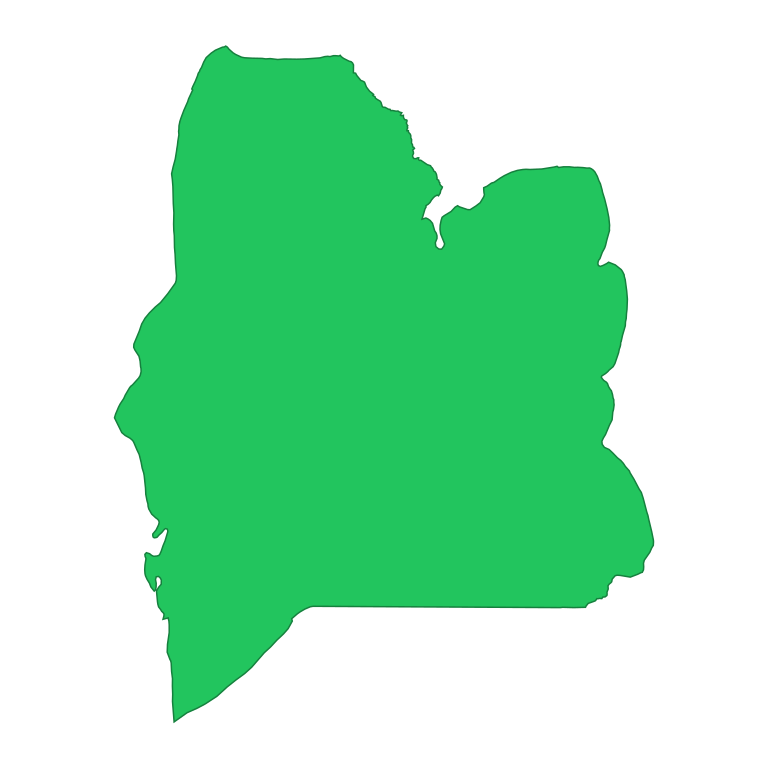 the district of Prasat Sambour, Kâmpóng Thum, Cambodia
{"feature_id": "14789045B86193170261556", "entity_name": "Prasat Sambour", "entity_type": "district", "adm_level": 2, "iso_a3": "KHM", "parent_name": "Cambodia", "parent_adm1": "Kâmpóng Thum", "projection": "natural_earth1", "projection_center": [105.145, 12.863], "detail": "fine", "context": "isolated", "style": "filled", "palette": "green", "viewbox_px": 768, "rotation_deg": 0, "n_neighbors": 0, "source": "geoboundaries", "source_scale": "gbopen_adm2", "svg_char_len": 6072}
<svg xmlns="http://www.w3.org/2000/svg" viewBox="0 0 768 768"><path d="M171.6,671.5L172.5,678.6L172.4,686.1L172.7,694.3L172.5,701.4L174.1,721.9L187.1,712.7L197.6,708.0L205.4,703.8L217.0,696.2L227.2,686.9L235.6,680.2L244.6,673.6L251.7,667.2L264.2,652.8L270.7,646.8L277.0,640.0L283.5,633.9L288.1,628.7L292.3,621.1L291.7,618.7L297.5,613.7L300.2,611.8L304.8,609.1L310.2,606.8L313.0,606.3L560.2,607.6L562.7,607.3L573.8,607.6L585.5,607.3L586.1,606.0L588.2,603.4L593.6,601.5L595.5,600.7L596.9,598.6L597.9,598.8L599.3,598.4L601.8,598.6L602.8,597.1L605.1,596.9L606.9,595.5L607.1,594.3L607.0,592.2L608.2,589.0L608.0,585.7L609.3,584.0L610.8,582.8L611.7,581.8L612.2,579.1L615.2,575.7L617.2,575.2L620.1,575.4L630.3,577.1L637.9,574.2L640.9,572.7L642.3,572.3L643.5,569.8L643.7,566.9L643.5,563.2L644.3,560.2L649.8,552.3L651.8,547.8L653.3,545.4L653.5,542.0L653.4,540.1L651.7,531.7L648.8,519.7L647.9,515.4L646.8,512.1L643.2,498.3L641.3,492.4L639.1,489.0L634.0,479.3L630.0,472.7L629.4,471.0L625.4,466.5L623.3,463.3L620.9,460.6L617.3,457.7L613.0,453.2L609.1,449.5L604.4,447.4L602.2,444.3L601.9,441.2L603.3,438.1L605.5,434.5L609.4,425.2L612.1,419.8L612.8,412.0L613.5,409.5L614.1,404.9L613.8,402.2L613.8,399.8L613.1,398.0L612.5,394.5L611.4,390.8L609.8,388.7L608.5,386.5L607.5,383.6L606.4,382.2L603.8,380.5L602.4,378.9L601.3,377.2L601.7,376.0L605.6,373.5L607.8,371.6L609.1,370.1L613.1,366.7L614.9,363.6L617.7,355.4L618.6,352.7L619.3,349.1L620.1,346.9L620.6,344.8L620.7,342.6L621.2,341.4L622.5,335.4L625.3,325.8L625.5,321.8L626.2,318.6L626.5,313.4L627.0,309.2L627.4,299.1L626.7,290.9L625.2,279.6L624.3,276.5L624.1,274.7L622.4,271.3L621.2,269.6L615.3,264.9L608.6,262.2L606.8,263.5L603.1,265.4L600.4,266.4L598.5,265.6L598.0,264.4L597.9,263.1L598.2,261.5L598.8,260.0L599.9,258.7L602.3,252.3L604.7,247.9L605.6,245.2L606.8,240.1L609.5,230.5L609.4,228.4L609.6,225.2L608.8,217.5L607.1,208.9L604.7,199.2L602.5,192.1L602.1,190.0L600.4,183.8L598.8,180.5L597.3,176.3L594.8,171.8L593.1,170.0L591.4,168.8L589.7,168.0L587.0,168.1L583.0,167.6L577.8,167.3L574.6,167.4L569.2,166.8L563.6,166.8L558.6,167.5L557.1,166.3L554.4,167.0L541.9,169.0L530.1,169.5L526.0,169.3L522.9,169.5L517.4,170.4L511.3,172.3L504.4,175.6L499.9,178.3L494.1,182.3L491.4,183.1L487.1,186.2L483.7,187.7L483.7,189.3L484.0,193.0L484.4,194.4L483.9,196.5L480.2,202.7L475.9,206.0L470.1,209.7L467.6,209.6L459.3,206.8L457.6,205.7L455.1,207.2L451.1,211.5L444.3,215.6L442.1,217.3L441.1,220.5L440.2,225.1L440.0,229.4L440.6,233.8L444.6,243.8L443.9,246.1L441.6,249.2L438.7,249.0L435.9,246.6L435.3,242.7L437.0,238.4L437.0,235.8L436.2,233.1L434.7,230.9L432.5,223.3L430.2,220.5L427.9,218.9L425.9,218.0L422.0,219.2L425.0,208.9L426.0,207.2L426.0,205.6L428.1,204.3L430.0,202.5L431.5,200.0L433.4,197.7L434.9,196.3L437.2,195.1L438.5,195.8L440.2,193.1L440.8,190.2L441.8,188.7L442.4,187.0L440.8,185.6L439.7,184.0L439.8,182.7L439.0,181.9L438.7,180.3L436.9,179.1L437.1,178.0L436.5,174.5L435.9,173.1L435.0,171.7L433.7,171.0L433.4,169.9L432.3,168.0L431.3,167.1L430.5,165.7L427.2,164.6L420.7,160.2L419.5,160.4L418.5,159.5L418.7,157.8L417.3,157.9L416.2,158.7L413.8,158.5L413.1,157.5L412.6,156.3L412.7,155.1L413.5,153.5L413.4,152.0L412.7,150.0L414.5,148.5L413.8,147.3L412.8,147.0L412.4,144.4L411.5,143.2L411.6,139.5L410.8,137.9L410.8,135.7L410.3,134.2L408.5,132.2L408.4,130.7L406.9,130.7L406.9,129.6L407.7,127.9L407.2,126.8L407.8,125.8L407.1,124.9L406.3,122.9L406.9,121.8L407.0,120.3L406.1,119.8L405.1,119.8L403.9,118.5L403.4,116.8L403.4,115.3L401.3,115.7L400.4,115.1L401.8,112.7L399.4,112.0L398.0,111.0L396.2,111.2L392.5,110.5L390.8,110.6L390.0,109.3L388.7,109.3L385.0,107.3L383.4,107.3L382.3,106.6L381.0,102.4L380.1,101.1L376.8,99.2L375.4,98.1L375.0,96.7L372.8,95.5L373.6,94.4L369.6,91.2L368.2,89.4L366.4,87.0L364.5,82.1L362.7,81.1L360.8,80.4L356.8,75.5L355.6,73.2L353.4,72.8L353.5,64.9L352.5,62.9L351.1,61.7L348.9,61.1L343.6,58.4L341.3,56.7L340.2,55.3L338.9,56.0L335.8,55.7L333.4,55.7L330.0,56.6L327.7,56.3L324.8,56.6L319.9,57.9L304.4,59.0L296.7,59.2L284.4,59.0L277.7,59.5L270.2,58.6L265.8,58.9L262.2,58.4L252.3,58.2L244.8,57.8L241.6,57.2L235.7,54.5L233.0,52.8L228.9,49.1L227.6,47.4L226.7,46.6L225.6,46.1L224.5,46.9L222.4,47.2L215.4,50.2L211.2,53.1L206.2,57.6L203.7,62.1L201.5,67.5L200.1,69.7L199.5,71.5L198.3,73.2L197.5,75.8L195.3,81.3L192.8,86.5L191.8,89.0L192.7,90.0L188.6,98.8L187.7,101.7L183.8,110.5L181.0,118.0L179.9,121.4L179.0,125.8L178.9,129.1L178.6,131.3L178.9,134.8L177.9,141.0L177.4,145.5L176.9,148.4L176.5,151.4L175.2,159.3L173.1,167.0L171.6,173.8L172.3,179.2L172.9,186.5L173.3,203.6L173.9,212.8L173.6,224.0L173.8,230.6L174.3,235.7L174.5,247.5L175.1,254.4L175.5,263.6L176.5,275.8L176.2,280.4L175.3,283.2L167.7,293.8L160.5,302.6L155.4,306.9L149.5,312.8L145.1,318.1L141.7,324.0L139.3,331.1L133.9,344.1L133.7,347.3L134.8,349.8L139.0,356.3L140.1,361.1L140.6,366.8L141.0,368.5L141.1,371.7L140.2,375.5L138.7,378.0L132.5,384.9L130.8,386.2L129.6,387.7L125.3,395.0L123.7,398.6L120.2,403.9L118.6,407.0L115.6,414.1L114.5,417.8L121.8,432.6L125.2,435.5L129.9,438.1L132.7,440.5L133.8,442.4L137.0,449.9L139.2,454.5L141.1,462.2L142.2,468.1L143.7,473.0L144.2,475.7L145.5,488.0L145.8,494.4L147.0,500.7L147.9,503.8L148.1,506.4L148.8,509.0L151.7,514.1L155.7,517.8L157.5,519.1L158.7,520.5L159.2,522.3L158.7,524.5L157.9,526.3L156.1,530.0L152.8,534.0L152.8,535.7L153.2,537.1L154.2,537.8L156.0,537.6L157.1,537.2L159.0,535.0L161.7,532.6L164.3,529.4L165.5,528.6L167.1,529.0L167.7,530.3L167.8,531.7L165.1,540.8L163.1,545.6L161.2,551.2L159.9,554.1L158.9,555.4L157.0,556.0L153.7,556.3L151.7,555.4L149.6,553.7L146.4,552.7L144.9,554.3L145.1,556.3L146.0,558.6L145.0,564.9L144.7,569.7L145.0,573.7L145.5,575.8L147.0,579.2L149.5,583.3L150.9,587.0L154.2,591.1L155.6,589.7L156.1,586.8L156.2,583.3L155.5,579.6L156.2,576.8L158.4,576.4L160.0,577.6L161.3,579.9L161.2,584.3L158.7,587.2L156.5,591.0L157.5,601.9L157.9,604.4L158.6,606.9L160.6,609.5L161.6,611.2L163.3,612.9L164.0,614.0L163.9,616.0L163.0,619.3L168.2,617.9L168.4,619.2L168.9,620.9L169.2,624.8L169.2,632.6L167.5,644.3L167.2,652.2L170.0,659.6L170.7,660.8L171.2,663.0L171.6,671.5Z" fill="#22c55e" stroke="#15803d" stroke-width="1.5"/></svg>